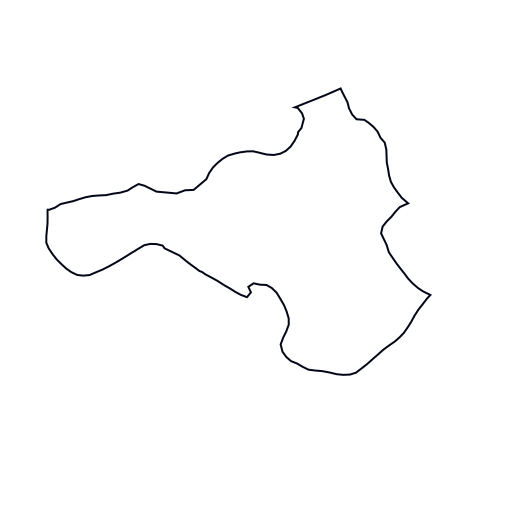 outline of Kuhlan Ash Sharaf, Hajjah, Yemen, rotated 147°
{"feature_id": "15242507B97358908792545", "entity_name": "Kuhlan Ash Sharaf", "entity_type": "district", "adm_level": 2, "iso_a3": "YEM", "parent_name": "Yemen", "parent_adm1": "Hajjah", "projection": "mercator", "projection_center": [43.483, 16.025], "detail": "fine", "context": "isolated", "style": "outline", "palette": "ink", "viewbox_px": 512, "rotation_deg": 147, "n_neighbors": 0, "source": "geoboundaries", "source_scale": "gbopen_adm2", "svg_char_len": 2534}
<svg xmlns="http://www.w3.org/2000/svg" viewBox="0 0 512 512"><g transform="rotate(147 256 256)"><path d="M131.0,128.3L131.7,129.6L135.0,135.0L137.6,141.0L138.8,145.2L139.6,147.9L140.7,154.2L141.1,160.4L141.7,166.7L142.2,173.0L142.4,179.7L142.5,184.1L142.5,186.8L140.4,194.3L138.8,206.8L133.8,211.7L127.5,213.8L121.0,215.2L114.9,217.2L113.7,217.5L108.8,218.7L99.7,217.3L102.1,225.5L102.4,229.8L102.6,231.8L102.9,238.3L102.5,244.6L100.6,250.9L98.0,256.7L95.5,262.9L93.4,266.5L92.4,268.2L88.7,274.3L88.5,274.9L86.3,281.0L87.2,287.3L86.3,293.8L87.1,300.1L89.0,306.4L91.0,311.2L97.2,315.9L98.3,322.1L97.6,329.0L95.5,335.3L94.9,341.6L94.2,348.1L93.8,350.4L110.7,353.2L131.8,357.4L142.4,359.5L140.3,357.4L139.7,350.5L141.1,345.0L148.2,338.6L153.4,336.9L154.6,335.2L160.9,331.6L164.1,330.3L167.4,328.9L173.8,327.9L177.5,328.3L180.0,328.6L186.0,331.0L191.8,335.3L196.7,340.5L197.5,341.4L201.4,345.4L206.7,348.7L210.2,350.3L212.4,351.4L218.0,353.5L218.7,353.7L224.8,355.5L231.0,355.7L235.9,355.2L237.5,355.0L240.1,354.5L243.8,353.7L250.1,351.1L255.7,347.5L272.3,345.4L279.8,349.8L288.5,351.7L304.4,364.2L307.9,370.1L311.2,375.6L313.9,378.7L315.3,380.3L322.0,380.8L328.1,380.8L335.5,383.1L339.1,384.8L341.9,386.1L348.6,388.7L352.0,390.7L354.4,392.1L360.6,395.5L366.9,398.1L373.4,400.0L379.5,401.6L385.5,403.8L391.7,406.0L398.2,406.0L404.2,407.4L405.5,408.3L406.2,407.5L409.6,402.1L413.3,396.6L417.1,391.8L421.0,386.9L422.8,384.1L424.6,381.4L425.7,375.4L425.6,368.1L425.0,361.6L423.6,355.1L422.0,348.8L419.7,343.1L416.3,337.5L411.4,333.5L405.8,330.6L403.2,330.2L399.6,329.6L392.2,328.2L385.6,327.5L379.0,327.0L372.5,326.7L365.5,326.5L358.6,326.4L353.8,326.2L351.5,326.2L343.8,325.9L339.1,324.1L338.0,323.7L332.9,320.1L328.6,315.5L328.5,312.2L319.9,298.1L318.1,292.3L316.0,286.0L313.7,280.0L311.6,274.2L309.9,271.9L308.6,268.5L305.4,262.7L302.0,256.4L298.7,249.1L296.2,244.2L295.5,242.9L292.9,237.2L289.9,231.7L286.0,226.4L280.1,228.2L279.2,234.3L272.9,234.4L268.3,229.8L263.0,226.0L260.2,220.6L258.7,214.0L258.9,206.9L259.3,199.3L260.5,193.0L260.8,191.9L262.5,186.0L265.9,180.6L271.8,176.2L277.4,172.9L283.5,168.4L285.9,161.3L285.6,154.9L283.9,148.8L280.2,143.6L277.3,137.8L273.9,132.1L268.6,127.6L263.4,123.6L257.6,118.1L252.7,112.9L247.4,108.7L241.8,105.4L235.8,103.7L228.8,104.2L221.2,104.9L216.8,105.6L214.8,105.9L213.0,106.2L208.4,106.8L200.0,108.1L193.0,108.5L186.1,108.7L179.9,109.6L173.9,111.0L167.7,113.5L161.8,116.2L155.6,119.6L148.6,122.7L142.7,124.7L135.6,127.2L131.0,128.3Z" fill="none" stroke="#020617" stroke-width="2"/></g></svg>